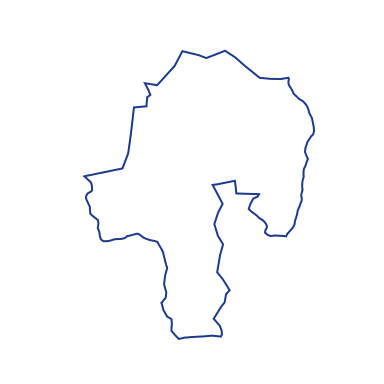 the district of Baroueli, Ségou, Mali, rotated 106°
{"feature_id": "8926073B94232083808790", "entity_name": "Baroueli", "entity_type": "district", "adm_level": 2, "iso_a3": "MLI", "parent_name": "Mali", "parent_adm1": "Ségou", "projection": "robinson", "projection_center": [-6.505, 13.036], "detail": "fine", "context": "isolated", "style": "outline", "palette": "blue", "viewbox_px": 384, "rotation_deg": 106, "n_neighbors": 0, "source": "geoboundaries", "source_scale": "gbopen_adm2", "svg_char_len": 3196}
<svg xmlns="http://www.w3.org/2000/svg" viewBox="0 0 384 384"><g transform="rotate(106 192 192)"><path d="M228.2,291.5L234.3,286.2L237.4,285.1L239.1,284.5L240.8,283.8L242.2,281.4L244.8,274.9L245.0,274.8L245.2,274.5L248.0,273.3L252.0,272.7L252.9,272.6L253.3,272.2L255.3,270.5L255.9,270.1L259.8,268.4L260.4,267.9L261.2,267.5L262.1,267.0L263.3,265.3L263.6,263.0L263.1,261.6L262.2,258.8L259.9,255.1L258.8,253.5L257.0,248.4L256.6,247.0L254.9,244.0L254.4,243.6L252.0,241.9L252.0,241.4L247.4,233.7L247.2,233.4L247.2,232.5L247.1,232.0L247.1,231.6L248.0,229.2L249.4,225.4L249.6,223.1L249.8,219.5L249.6,216.7L249.4,213.9L249.5,211.6L256.7,204.2L257.1,204.2L257.5,203.7L257.9,203.1L258.8,202.7L259.7,202.3L263.9,199.8L265.0,199.1L266.3,198.6L266.6,198.4L267.6,197.6L269.7,196.5L271.0,195.4L272.0,194.9L279.8,194.8L284.5,194.0L285.2,193.9L286.9,193.7L288.0,193.4L289.0,193.1L289.8,192.6L293.7,190.2L295.5,189.1L298.0,188.6L299.5,188.3L301.1,188.2L304.5,189.8L305.2,190.0L306.2,190.2L307.0,190.9L308.3,189.9L310.4,188.7L313.3,187.0L318.8,181.3L319.0,179.8L319.9,176.7L320.3,176.5L320.9,176.3L321.6,176.0L325.4,174.7L327.2,174.5L328.1,174.3L329.3,174.0L329.6,173.9L331.1,173.5L334.1,169.0L335.2,167.1L336.9,164.2L336.5,163.5L335.2,161.0L334.1,159.2L333.5,157.3L332.0,153.7L327.3,140.2L324.6,133.3L323.0,124.4L320.3,124.0L317.0,125.4L312.9,128.4L307.9,136.2L293.8,132.2L289.2,130.2L280.6,131.1L276.1,128.7L271.7,133.5L267.4,138.3L262.2,145.7L245.0,147.6L233.8,147.7L227.0,155.0L216.7,161.7L204.3,161.2L194.9,159.3L179.5,174.1L177.6,169.7L169.4,153.9L175.3,151.3L181.2,149.0L175.6,127.0L178.4,127.7L180.3,129.9L181.5,131.3L183.8,131.8L187.4,132.6L192.7,132.8L194.5,129.5L195.6,126.4L196.9,123.0L198.6,120.0L199.7,115.8L202.0,112.3L204.2,110.5L206.2,110.3L208.3,110.9L210.9,110.7L211.5,109.2L212.4,107.6L212.6,104.0L211.0,100.4L209.0,91.7L208.7,89.3L206.0,88.9L204.8,88.2L204.3,88.0L202.0,86.9L198.8,85.4L195.2,84.5L191.2,85.0L190.2,85.0L188.9,84.9L187.2,84.9L184.4,84.8L180.8,85.3L178.6,85.0L176.1,84.7L175.0,84.6L174.1,84.6L172.4,84.4L171.5,84.3L170.4,84.2L169.3,84.4L167.5,84.8L166.3,85.7L164.5,86.2L162.6,86.3L161.4,86.4L160.0,86.2L159.0,86.6L157.9,86.9L156.7,87.5L156.3,87.6L153.5,88.4L149.6,88.9L146.9,88.8L145.9,89.1L144.2,89.7L141.1,90.5L138.9,90.8L137.3,90.5L135.2,90.1L134.0,90.1L131.8,90.1L131.2,90.0L128.2,89.7L127.6,90.3L126.5,91.2L124.7,92.7L122.3,94.5L119.6,94.8L119.0,95.1L116.6,95.0L115.6,94.9L113.8,94.9L112.2,94.8L111.5,94.6L108.3,93.6L105.8,92.9L103.2,91.4L99.7,91.5L95.7,93.0L89.8,96.1L89.5,96.3L88.0,97.0L87.7,97.3L83.3,101.4L81.6,102.2L79.2,103.9L78.5,104.5L76.6,106.4L74.2,110.3L72.9,115.1L71.9,116.7L69.5,121.4L68.1,122.5L65.7,124.7L65.0,125.4L62.5,128.3L60.3,129.5L58.0,129.9L57.1,129.9L55.6,130.8L58.9,137.7L61.6,147.7L63.6,158.4L56.1,176.2L50.6,187.8L47.1,199.2L51.0,204.2L59.3,215.2L58.6,223.4L59.3,240.1L61.4,240.5L75.5,243.4L93.2,252.1L98.9,255.0L100.4,267.3L105.9,262.1L110.1,258.8L113.2,261.2L122.2,259.4L126.7,271.1L152.6,266.8L172.4,264.0L188.5,265.3L206.4,299.5L206.6,299.8L208.4,296.2L209.3,294.4L209.4,294.2L210.5,292.0L213.0,290.2L215.9,289.1L218.2,288.5L219.5,289.3L221.8,291.7L224.2,292.6L226.7,292.4L228.2,291.5Z" fill="none" stroke="#1e3a8a" stroke-width="2"/></g></svg>